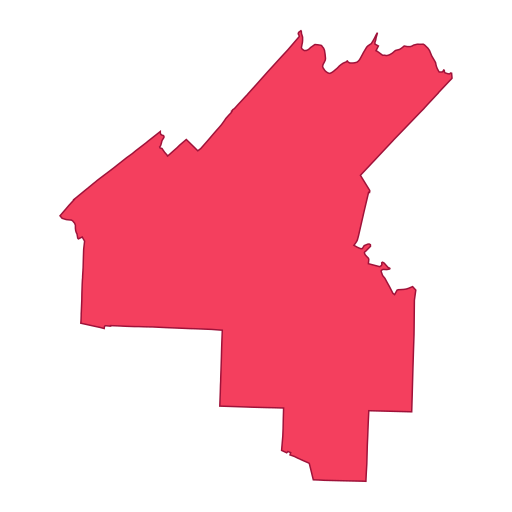 the district of Gurbanesti, Calarasi, Romania
{"feature_id": "2599482B46558344458581", "entity_name": "Gurbanesti", "entity_type": "district", "adm_level": 2, "iso_a3": "ROU", "parent_name": "Romania", "parent_adm1": "Calarasi", "projection": "orthographic", "projection_center": [26.694, 44.368], "detail": "fine", "context": "isolated", "style": "filled", "palette": "rose", "viewbox_px": 512, "rotation_deg": 0, "n_neighbors": 0, "source": "geoboundaries", "source_scale": "gbopen_adm2", "svg_char_len": 5139}
<svg xmlns="http://www.w3.org/2000/svg" viewBox="0 0 512 512"><path d="M365.9,481.3L366.3,472.7L366.8,464.0L367.1,452.9L367.3,445.6L367.7,436.5L368.2,423.6L368.8,410.7L411.7,411.8L412.2,395.1L412.9,369.5L413.5,349.9L414.0,334.9L414.1,327.4L414.3,308.8L414.4,300.1L415.8,290.1L412.6,286.6L408.8,288.2L406.4,289.0L403.9,289.4L400.8,289.6L398.4,289.7L397.1,290.1L394.6,294.6L392.9,293.3L389.4,286.5L387.0,282.2L384.9,278.3L382.6,275.5L382.3,274.7L381.2,271.6L381.1,271.0L381.4,270.5L381.7,270.2L382.5,269.6L383.2,269.4L385.0,269.5L386.6,269.6L387.8,269.4L388.8,269.2L389.6,269.0L389.9,268.7L389.8,268.3L389.5,268.1L388.0,267.4L385.4,264.5L384.3,263.2L383.4,262.6L382.4,262.2L381.7,262.8L381.9,264.6L381.2,265.7L380.1,266.4L379.8,266.7L368.4,263.7L368.4,263.2L368.7,260.6L368.8,259.3L368.4,258.2L366.6,256.4L365.1,254.7L364.6,253.5L364.4,252.7L364.7,252.0L365.2,251.5L365.7,251.2L370.5,246.3L370.4,244.7L369.2,244.0L367.9,244.1L364.2,245.6L362.4,248.5L361.9,248.6L361.1,248.7L360.2,248.5L357.2,247.2L353.9,245.3L355.4,243.3L356.8,241.2L357.1,240.4L357.3,240.2L358.5,235.8L364.1,211.3L368.6,192.3L369.5,192.5L369.8,191.0L369.7,190.5L369.5,190.1L360.4,175.3L371.8,163.2L393.2,140.4L393.6,139.9L399.7,133.6L405.8,127.3L415.7,117.0L421.1,111.4L423.7,108.8L424.8,107.5L428.3,103.7L435.0,96.5L438.4,92.9L438.4,92.7L441.7,89.2L449.6,80.8L451.0,79.4L452.0,78.3L452.0,77.6L451.6,73.2L451.1,73.1L450.6,73.0L449.6,73.9L448.1,73.8L445.2,72.9L444.8,72.6L444.6,72.1L444.3,71.9L444.3,71.5L444.4,70.9L444.2,70.2L443.7,70.0L443.0,71.2L442.6,71.8L441.5,72.0L440.3,72.0L439.2,72.0L438.5,70.9L437.3,68.7L436.5,66.7L436.2,65.6L435.9,64.4L435.6,62.7L434.6,60.8L431.7,55.9L429.5,50.5L427.9,48.2L424.6,45.0L423.3,44.2L420.3,44.3L417.3,44.2L413.6,45.1L412.1,46.0L410.4,46.6L407.3,46.6L404.2,46.0L401.6,48.1L399.6,49.4L395.7,50.4L394.9,50.9L392.4,53.1L389.7,54.7L388.0,55.3L386.3,55.6L384.6,55.2L382.7,55.3L377.4,51.4L376.0,50.7L378.4,46.0L375.0,44.1L374.9,42.4L375.7,40.1L376.1,37.7L376.9,34.9L377.3,33.5L377.4,32.7L376.1,34.9L374.5,38.2L372.8,41.2L371.3,43.6L368.0,45.8L367.3,46.5L366.7,47.1L365.2,49.6L363.3,52.8L362.5,54.4L361.6,56.0L360.6,57.9L360.2,58.5L359.7,59.5L359.2,60.1L358.4,61.0L357.3,62.0L356.5,62.3L355.4,62.6L354.0,62.9L352.6,63.0L350.6,63.0L349.6,62.9L349.3,62.8L349.3,62.7L348.7,62.4L348.1,62.0L347.9,61.8L347.4,61.0L347.3,60.9L347.1,61.0L346.4,61.8L344.2,62.7L342.9,63.3L340.9,64.7L339.2,66.1L338.4,67.0L336.9,68.5L335.4,69.7L333.9,71.0L332.3,72.2L330.0,73.4L329.2,73.3L328.7,73.2L327.4,72.6L326.1,71.7L324.9,70.6L323.0,67.7L322.6,66.5L323.0,64.6L324.5,61.8L325.3,60.0L325.5,58.4L325.1,54.3L324.5,50.4L323.6,48.2L322.6,47.0L322.1,46.3L321.5,45.5L320.4,45.2L317.9,44.8L315.0,44.5L314.3,44.9L313.2,45.7L311.8,46.7L310.6,47.5L310.0,48.1L309.1,49.0L307.6,50.0L306.7,50.3L306.4,50.5L305.5,50.5L304.3,50.6L303.1,49.8L301.8,48.7L301.4,47.6L302.0,44.4L302.4,42.6L302.6,40.5L302.6,38.8L302.6,37.1L301.5,33.6L301.3,31.2L300.9,30.7L298.6,32.4L298.2,33.8L299.1,35.5L299.3,36.5L287.7,50.0L281.2,57.0L267.5,72.0L261.8,78.4L257.9,82.8L247.9,93.9L247.3,94.7L245.9,96.1L240.0,102.5L238.3,104.3L234.4,108.6L232.9,109.6L232.5,110.0L232.0,111.3L231.5,111.2L231.4,112.4L230.3,113.6L229.1,114.8L225.8,118.5L224.5,120.5L223.0,122.6L221.4,124.8L219.1,127.5L217.2,129.6L213.9,133.4L207.4,141.0L200.7,148.6L197.8,150.8L194.2,147.2L190.0,143.1L186.3,139.5L179.7,145.1L177.1,147.7L174.7,149.8L167.6,156.1L167.4,155.9L167.1,155.1L164.6,152.3L163.0,150.0L162.0,148.5L160.0,147.9L159.6,146.9L160.5,145.9L161.2,143.8L162.0,140.6L163.3,138.5L163.9,137.5L164.0,136.8L163.8,136.0L163.3,135.5L162.1,135.2L160.8,134.4L160.3,132.9L160.3,131.5L148.1,141.1L146.1,142.8L135.8,150.7L132.3,153.6L131.9,153.9L126.6,157.7L118.5,164.1L112.8,168.6L100.1,178.2L97.1,180.5L95.6,181.8L93.3,183.6L90.8,185.7L84.9,190.5L80.4,194.2L74.0,199.4L74.3,199.5L68.9,205.4L67.8,206.7L60.0,215.8L62.1,218.3L66.3,219.6L71.4,220.1L72.7,220.9L73.6,222.0L74.6,223.2L75.4,225.2L75.4,228.3L75.7,230.7L76.3,232.6L77.0,234.0L77.5,236.8L77.7,238.1L78.4,238.9L82.2,237.0L84.6,241.1L83.7,249.0L83.6,250.8L83.4,257.1L83.1,268.3L83.0,269.2L83.0,270.2L82.9,271.7L82.6,276.5L82.6,277.7L82.4,279.9L82.2,284.0L81.9,293.4L81.8,299.9L81.3,312.0L81.2,313.4L81.2,315.5L81.1,318.4L81.1,318.9L81.0,320.7L81.0,320.9L80.8,323.2L83.5,323.8L86.2,324.4L94.3,326.2L99.9,327.4L104.2,328.5L104.4,326.8L104.7,326.2L104.8,326.1L105.2,325.8L105.5,325.8L105.7,325.7L109.9,326.1L110.6,326.1L110.6,325.6L118.4,325.9L126.3,326.3L135.0,326.6L137.4,326.6L139.2,326.6L144.9,326.8L149.9,326.9L151.8,326.9L166.1,327.6L173.5,327.9L180.9,328.2L190.0,328.6L194.6,328.7L211.6,329.4L220.9,330.1L222.3,330.2L222.2,332.8L221.8,343.2L221.6,349.8L221.4,357.7L221.2,364.0L221.0,370.2L220.9,373.0L220.7,378.6L220.7,380.9L220.5,384.8L220.3,392.3L219.8,406.1L241.1,406.8L252.6,407.2L267.4,407.6L273.1,407.7L283.6,408.0L283.3,418.4L283.1,428.6L282.8,436.1L282.2,443.2L281.6,450.4L286.7,452.8L287.9,451.5L290.7,452.6L290.0,454.9L294.5,456.5L298.1,458.3L303.4,460.7L308.7,463.0L309.3,463.5L310.5,468.3L312.8,477.8L313.3,479.8L316.3,479.9L321.0,480.1L324.3,480.3L345.1,480.8L364.1,481.2L365.6,481.3L365.9,481.3Z" fill="#f43f5e" stroke="#9f1239" stroke-width="1.5"/></svg>